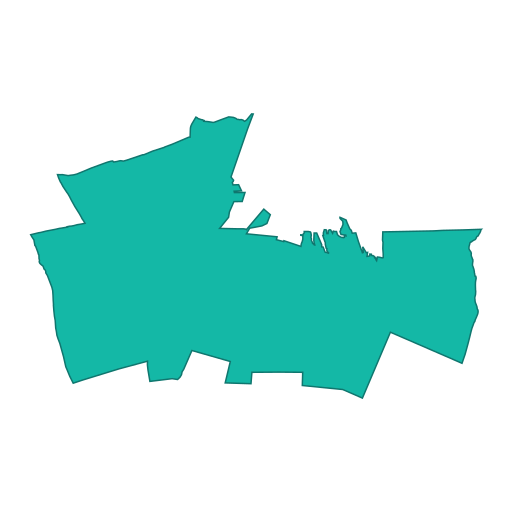 outline of Munteni, Galati, Romania
{"feature_id": "2599482B8174153692428", "entity_name": "Munteni", "entity_type": "district", "adm_level": 2, "iso_a3": "ROU", "parent_name": "Romania", "parent_adm1": "Galati", "projection": "orthographic", "projection_center": [27.478, 45.925], "detail": "fine", "context": "isolated", "style": "filled", "palette": "teal", "viewbox_px": 512, "rotation_deg": 0, "n_neighbors": 0, "source": "geoboundaries", "source_scale": "gbopen_adm2", "svg_char_len": 6033}
<svg xmlns="http://www.w3.org/2000/svg" viewBox="0 0 512 512"><path d="M481.3,229.3L464.1,229.9L442.5,230.4L433.6,230.9L382.8,231.9L382.5,240.1L383.0,242.3L382.8,248.5L383.2,253.8L383.2,257.6L382.2,257.9L379.9,257.3L377.4,257.0L376.9,259.4L376.6,260.7L375.9,259.7L375.6,257.8L374.6,257.9L374.4,257.0L374.6,256.5L373.8,256.2L373.1,255.6L372.0,255.7L371.6,255.4L371.4,254.2L369.8,254.1L369.8,255.8L368.1,256.3L367.0,256.4L367.6,252.4L366.3,252.7L362.7,246.8L363.3,252.5L362.4,252.8L358.4,241.5L355.8,232.9L352.2,233.2L351.3,230.3L349.8,228.9L347.1,222.8L346.1,220.0L340.0,217.3L339.9,217.9L340.2,218.6L342.8,221.3L343.0,224.4L341.6,228.0L340.8,228.7L340.8,229.8L340.0,231.6L341.0,234.5L345.8,235.1L346.0,235.9L344.3,235.6L344.4,236.7L344.4,237.4L343.2,237.7L342.8,237.4L342.0,237.5L340.9,237.2L339.2,236.3L337.5,234.8L336.5,231.5L334.9,231.5L333.3,231.1L332.6,233.3L330.6,229.9L329.5,229.8L328.4,230.4L328.1,233.6L326.8,233.6L326.4,230.2L326.0,229.7L325.0,229.8L324.3,229.7L323.3,233.0L323.5,235.4L322.8,235.5L324.1,239.4L324.9,241.7L325.3,242.5L325.3,244.4L326.0,247.5L326.2,248.0L326.2,248.3L326.9,248.6L326.8,250.2L327.3,251.5L328.6,252.9L328.5,253.2L326.4,252.4L325.5,252.4L325.0,252.0L323.2,247.1L321.7,246.8L321.7,244.7L320.3,241.4L316.7,233.0L314.1,233.0L313.8,240.2L314.1,242.7L314.8,245.0L314.5,245.0L314.1,244.8L313.6,244.1L312.5,243.3L312.5,243.1L312.2,242.0L311.7,241.1L311.4,240.4L311.4,239.8L311.4,238.6L310.9,237.2L311.2,236.1L311.3,235.1L310.9,233.0L310.6,232.2L310.3,231.9L308.4,231.5L305.5,231.5L304.2,231.5L304.2,231.9L304.2,232.5L304.1,233.1L303.8,233.6L303.4,233.8L303.1,234.2L303.0,235.0L300.8,234.8L300.8,235.3L302.9,235.7L302.8,236.7L302.8,238.8L302.6,240.1L302.2,241.5L302.0,242.2L301.5,243.2L301.2,244.4L300.9,246.4L283.9,240.7L283.7,241.6L276.4,239.7L277.1,236.8L246.4,233.8L249.7,228.2L255.2,227.2L261.9,225.9L266.9,223.5L270.3,214.7L264.7,209.9L263.8,209.1L246.4,229.6L246.0,229.2L245.5,229.1L243.4,228.8L237.1,228.8L232.4,228.7L219.6,228.4L228.6,217.3L229.4,212.0L233.9,201.6L242.2,201.5L245.0,192.5L234.4,192.6L234.1,191.2L241.5,190.8L238.6,184.7L233.0,184.9L232.3,182.4L233.2,181.4L233.6,180.2L231.9,178.2L231.5,177.6L231.0,177.0L247.7,128.6L253.2,114.0L251.6,113.9L246.7,119.9L245.6,120.7L244.5,121.3L243.2,120.2L241.5,119.6L240.9,119.6L240.2,119.7L239.3,119.7L238.5,119.4L237.2,119.4L235.9,118.4L235.0,118.0L233.4,117.4L231.0,117.1L228.7,116.9L222.4,119.2L216.0,121.6L214.4,122.2L213.6,122.4L212.8,122.4L210.5,122.0L207.8,121.6L206.6,121.5L203.8,121.3L204.1,120.5L203.2,120.2L202.5,119.8L201.6,119.7L200.3,119.3L199.5,119.0L198.7,118.8L198.0,118.5L197.8,118.3L197.1,117.7L196.7,117.5L196.1,117.2L195.9,117.1L191.7,124.2L191.2,125.4L191.0,125.8L190.8,126.4L190.6,127.1L190.5,127.7L190.4,128.6L190.3,130.8L190.1,137.1L189.8,137.1L189.4,137.1L188.5,137.3L172.0,144.3L164.7,147.0L164.4,147.3L152.6,151.1L144.0,154.7L142.6,154.8L126.6,160.2L123.4,161.1L121.5,160.8L120.3,160.7L118.0,161.2L117.4,161.4L114.4,161.9L113.6,162.0L112.7,161.0L111.0,161.2L107.6,162.1L103.7,163.5L91.4,168.0L80.9,172.4L78.4,173.4L77.3,173.9L76.2,174.2L75.1,174.5L73.4,174.9L70.7,175.2L68.2,175.6L64.6,175.0L62.3,174.6L60.9,174.7L57.5,174.6L58.5,177.6L58.7,178.1L60.3,181.8L61.0,182.8L62.5,185.6L62.9,186.4L64.3,188.5L66.8,192.3L67.8,193.6L69.5,196.5L71.2,199.9L74.9,206.6L79.5,213.9L81.5,217.5L82.0,218.6L83.8,221.2L85.0,223.3L81.0,224.1L77.2,224.7L73.9,225.6L71.3,226.1L69.6,226.2L67.2,226.7L67.4,227.1L61.5,228.1L59.3,228.4L55.5,229.3L46.0,231.1L40.9,232.4L38.5,232.8L30.7,234.7L32.0,237.0L33.9,239.9L34.9,245.5L35.6,246.2L38.0,252.6L38.3,254.0L38.8,254.8L38.9,255.1L39.0,257.4L39.0,258.4L39.5,260.5L39.2,261.8L39.7,263.1L40.7,264.2L43.1,266.2L44.1,269.1L44.6,269.4L44.9,269.7L45.4,270.5L45.8,271.7L45.8,272.9L47.4,275.5L51.9,287.3L52.7,290.7L53.0,295.1L53.2,300.1L53.5,304.7L53.4,305.0L53.8,310.1L54.4,316.0L55.2,320.5L55.7,328.0L56.3,331.1L56.5,332.3L56.9,335.2L58.1,338.9L59.8,343.3L63.5,356.6L65.8,366.8L66.9,369.3L69.8,376.4L73.2,383.2L82.8,380.0L118.9,368.9L147.5,361.2L147.4,364.9L148.0,370.1L149.9,381.4L171.1,378.8L172.3,378.7L177.6,379.5L180.0,377.2L181.5,374.7L182.1,371.8L183.7,369.3L191.9,350.5L230.3,361.5L225.2,382.9L251.0,383.7L251.9,372.3L279.1,372.1L302.7,372.3L302.3,385.5L342.7,389.5L362.4,398.1L390.4,332.2L440.2,353.8L462.0,363.3L465.1,354.3L467.9,344.1L469.6,337.5L471.1,331.3L471.5,329.9L471.7,329.1L471.9,328.4L473.2,324.9L474.1,322.3L474.5,322.0L474.6,321.6L474.9,321.3L475.0,320.9L475.2,319.9L476.3,317.5L476.9,316.0L477.7,314.0L478.0,312.7L478.1,311.5L478.0,310.6L478.0,310.1L477.6,309.6L477.2,308.6L477.0,307.9L477.1,307.4L476.9,306.6L476.3,304.9L475.6,303.2L475.2,301.9L475.0,300.4L475.0,299.6L474.9,299.0L474.8,298.3L474.8,297.7L475.0,296.6L475.3,295.5L475.5,294.7L475.6,293.4L475.7,291.2L475.5,289.7L475.5,288.9L475.4,285.6L475.4,284.4L475.5,281.7L475.6,281.4L475.7,280.9L475.7,280.5L475.8,280.1L475.8,279.7L475.9,279.2L476.0,279.2L476.1,278.7L476.1,278.2L476.1,277.8L476.0,277.1L475.8,276.3L475.1,276.2L474.8,275.0L474.6,273.4L474.3,272.5L474.3,271.5L474.3,271.2L474.1,270.6L473.9,269.3L473.6,268.5L473.0,266.6L472.5,265.5L472.5,265.0L472.5,264.8L472.5,264.0L472.6,263.2L472.7,262.7L472.7,262.2L472.8,261.7L472.9,261.4L472.8,261.1L472.8,260.7L472.9,260.4L472.9,260.0L472.8,259.6L472.5,259.4L472.4,259.0L472.4,258.6L472.1,258.0L472.0,257.6L471.6,256.8L471.4,256.1L471.2,255.3L471.2,254.6L471.3,253.9L471.3,253.4L471.1,252.6L470.9,252.0L470.8,251.8L470.3,251.1L469.6,250.1L469.2,249.3L469.0,248.7L468.9,248.4L469.0,247.5L469.0,246.7L469.1,246.3L469.4,245.2L469.6,244.5L469.7,244.2L469.8,243.7L469.8,243.3L470.2,242.5L470.6,242.1L470.9,242.0L471.3,242.0L471.5,241.9L471.9,241.5L472.2,241.2L472.5,241.0L473.5,240.4L474.2,240.0L474.8,239.8L475.2,239.5L475.6,239.1L476.0,238.4L476.5,237.2L476.8,236.7L477.1,236.4L477.4,236.3L477.9,236.0L478.3,235.7L478.4,235.4L478.6,234.9L478.8,234.5L479.0,234.1L479.4,233.7L479.6,233.4L479.8,232.8L480.0,232.4L480.3,232.0L480.5,231.5L480.6,231.1L480.6,230.7L480.9,230.2L481.0,229.7L481.2,229.4L481.3,229.3Z" fill="#14b8a6" stroke="#0f766e" stroke-width="1.5"/></svg>